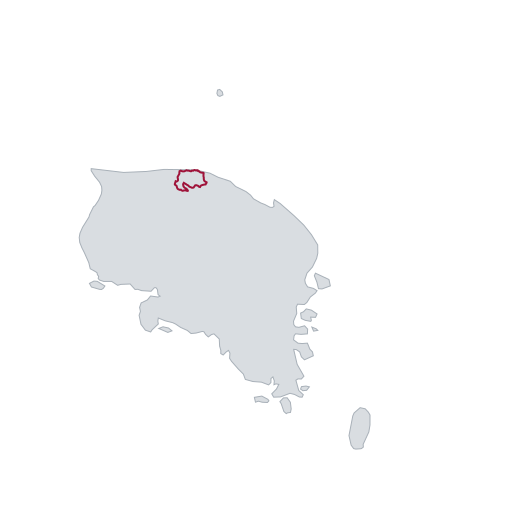 location of Samcheok-si, Gangwon, South Korea, rotated 299°
{"feature_id": "91817680B11339106619066", "entity_name": "Samcheok-si", "entity_type": "district", "adm_level": 2, "iso_a3": "KOR", "parent_name": "South Korea", "parent_adm1": "Gangwon", "projection": "equal_earth", "projection_center": [129.14, 37.249], "detail": "fine", "context": "in_parent", "style": "outline", "palette": "rose", "viewbox_px": 512, "rotation_deg": 299, "n_neighbors": 0, "source": "geoboundaries", "source_scale": "gbopen_adm2", "svg_char_len": 4924}
<svg xmlns="http://www.w3.org/2000/svg" viewBox="0 0 512 512"><g transform="rotate(299 256 256)"><path d="M162.7,126.4L164.3,125.1L164.5,123.3L164.5,117.2L169.1,113.0L175.6,104.4L178.8,99.7L182.4,95.3L186.5,92.4L190.6,91.0L197.0,90.4L209.2,91.0L211.6,90.4L220.2,90.0L222.2,90.8L228.4,91.3L235.2,90.7L238.7,89.4L241.9,87.3L244.7,83.4L247.6,76.2L250.7,70.5L252.5,69.5L264.9,99.7L276.9,119.3L287.1,133.5L301.8,160.9L306.1,175.6L306.5,184.7L308.9,197.3L306.9,204.5L307.5,215.9L306.6,221.7L304.8,226.0L304.7,234.3L305.3,238.7L305.4,244.6L306.5,246.9L308.2,247.7L310.9,245.6L314.2,244.7L313.6,251.8L309.7,269.7L306.2,282.8L301.5,294.2L295.6,304.6L288.4,308.7L283.3,310.2L273.7,310.7L265.7,308.9L258.8,310.2L256.1,312.4L254.0,316.1L255.5,321.9L255.3,326.2L252.3,325.9L246.5,323.4L240.0,323.0L237.0,321.8L234.0,315.7L230.9,315.9L225.5,319.5L217.2,320.4L214.3,322.3L213.2,324.9L214.4,328.1L218.5,332.3L217.1,336.6L212.8,338.7L209.3,333.4L207.1,328.3L204.7,328.0L200.9,329.5L200.1,335.0L201.8,338.8L204.7,343.2L200.6,348.3L199.5,351.9L196.5,354.5L188.7,348.7L189.8,344.6L193.3,340.7L193.7,336.6L192.6,334.2L181.2,344.5L174.1,356.2L170.4,355.3L168.9,352.3L166.7,351.1L159.1,358.6L157.6,364.6L154.9,364.8L153.7,362.3L153.6,356.9L152.4,352.3L144.6,345.7L141.1,339.9L143.1,336.6L149.6,338.4L154.8,338.2L153.8,335.4L152.1,334.1L155.6,332.6L158.5,329.4L156.1,328.5L152.5,330.4L149.4,329.5L148.3,321.9L144.7,314.1L142.9,306.5L146.6,302.2L148.5,295.5L152.0,285.7L153.7,282.5L158.4,280.3L160.1,277.7L157.5,276.4L153.5,275.3L153.6,272.5L156.4,271.0L159.5,267.9L165.6,264.1L167.5,257.0L165.8,255.2L162.1,253.5L163.0,249.9L164.5,247.2L164.0,245.6L159.6,241.0L156.7,236.8L157.6,232.0L157.0,224.7L157.5,218.7L157.3,215.4L155.3,208.0L154.4,200.6L151.5,201.7L149.2,203.5L141.1,200.9L138.5,200.7L137.5,195.2L140.5,188.5L147.5,182.5L151.5,181.8L154.6,179.1L159.3,178.3L164.9,182.3L169.9,183.2L172.6,190.2L174.4,191.6L174.7,189.1L178.9,186.0L179.8,183.8L179.0,182.5L174.3,181.3L170.2,172.6L169.6,168.8L168.1,166.4L170.5,159.5L165.7,151.6L163.3,149.2L163.8,142.1L161.3,137.6L159.9,135.1L159.1,130.8L159.8,128.9L162.0,128.2L162.7,126.4ZM143.3,441.0L140.9,442.5L138.7,441.6L138.1,440.9L135.5,436.9L134.9,434.8L136.7,430.9L144.0,424.4L163.0,418.2L166.3,417.9L173.8,420.6L175.3,425.6L173.9,429.9L172.2,432.8L163.5,437.6L156.8,440.0L143.3,441.0ZM270.8,331.2L265.9,335.5L259.2,329.7L257.7,326.5L262.7,321.9L267.0,316.6L269.8,316.3L270.8,331.2ZM235.5,330.7L234.9,337.5L231.2,337.8L229.0,333.4L226.6,335.6L225.4,335.6L223.6,330.2L223.3,325.9L227.7,322.7L230.3,324.6L234.1,325.6L235.5,330.7ZM139.3,360.9L135.9,362.0L134.1,359.6L132.8,358.9L133.5,355.8L139.1,349.6L140.2,347.5L145.2,348.8L147.1,352.0L144.7,357.0L139.3,360.9ZM156.9,129.5L156.5,138.4L153.7,138.1L151.8,137.1L151.0,135.4L149.1,127.1L151.3,123.6L155.5,126.4L156.9,129.5ZM136.4,335.9L135.6,337.5L133.4,337.0L131.1,332.3L130.2,328.5L127.9,326.4L131.6,323.1L136.3,329.0L136.4,335.9ZM150.6,214.4L149.8,218.8L146.4,215.9L145.5,206.1L149.0,209.0L150.6,214.4ZM383.2,147.0L380.9,149.0L378.1,147.0L377.8,144.9L379.2,143.0L382.5,141.9L384.1,143.5L383.2,147.0ZM166.5,362.8L167.4,366.1L163.1,365.4L160.9,362.3L161.2,359.5L163.8,359.1L166.5,362.8ZM221.5,343.9L220.9,346.1L218.2,342.8L220.9,339.3L221.5,343.9Z" fill="#d9dde1" stroke="#a8b0b8" stroke-width="1"/><path d="M282.4,149.5L279.5,150.1L279.1,150.5L278.9,152.4L278.5,152.9L278.0,153.3L277.3,154.1L276.8,154.8L276.7,155.7L276.8,156.5L276.9,157.3L277.6,158.1L277.3,159.0L277.5,160.3L278.5,161.3L279.2,162.3L279.4,163.6L279.8,164.7L280.3,164.6L280.6,163.8L281.1,162.6L281.1,162.0L281.1,160.4L281.7,158.9L283.0,157.7L283.7,157.4L285.0,157.4L284.9,159.2L284.9,160.2L284.8,160.7L284.8,162.7L284.5,163.4L284.3,164.3L284.5,165.3L284.6,166.2L284.6,166.8L285.0,167.5L285.6,168.2L287.0,168.4L288.0,168.5L288.4,168.6L289.0,169.5L289.3,171.2L289.1,172.1L288.9,172.8L289.2,173.6L289.8,173.5L291.0,173.8L291.9,174.5L293.5,176.2L294.1,177.2L295.1,177.2L295.9,177.3L296.5,177.1L296.5,176.4L296.5,175.8L296.5,174.9L296.7,174.4L297.2,173.7L298.1,172.9L299.0,172.5L299.5,172.1L300.4,171.3L301.2,170.9L301.9,170.5L302.6,170.3L303.2,169.9L303.2,169.5L303.1,169.2L302.9,168.9L302.5,167.9L302.3,167.2L302.2,166.8L302.2,166.4L302.4,165.4L302.5,165.1L302.4,164.9L302.3,164.5L302.2,164.2L302.4,164.0L302.7,163.7L302.6,163.1L302.4,162.8L302.1,162.4L301.7,162.2L301.6,161.8L301.5,161.3L301.5,160.8L301.3,160.4L301.0,160.2L300.5,159.9L300.1,159.7L299.9,159.0L299.7,158.6L299.4,158.4L298.8,158.3L298.6,158.1L298.4,157.6L298.2,156.6L298.1,156.0L297.9,155.5L297.8,155.2L297.4,154.5L297.3,153.7L297.0,153.5L296.6,153.2L296.3,152.9L295.8,152.6L295.3,152.2L294.9,151.6L294.6,151.1L294.4,150.5L294.3,150.0L294.2,149.6L294.2,149.1L294.1,148.7L293.1,148.0L292.6,148.2L291.4,148.7L290.9,149.1L289.8,149.1L289.0,149.1L288.0,149.1L287.1,149.1L286.4,149.6L285.4,150.5L284.3,151.1L283.6,151.0L283.0,150.7L282.5,150.3L282.4,149.8L282.4,149.5Z" fill="none" stroke="#9f1239" stroke-width="2"/></g></svg>